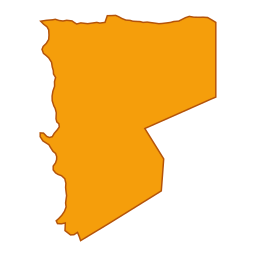 outline of Boa Hora, Piauí, Brazil
{"feature_id": "56859067B27565028422565", "entity_name": "Boa Hora", "entity_type": "district", "adm_level": 2, "iso_a3": "BRA", "parent_name": "Brazil", "parent_adm1": "Piauí", "projection": "natural_earth1", "projection_center": [-42.142, -4.374], "detail": "fine", "context": "isolated", "style": "filled", "palette": "amber", "viewbox_px": 256, "rotation_deg": 0, "n_neighbors": 0, "source": "geoboundaries", "source_scale": "gbopen_adm2", "svg_char_len": 1488}
<svg xmlns="http://www.w3.org/2000/svg" viewBox="0 0 256 256"><path d="M40.2,136.7L42.9,140.9L46.2,143.0L48.9,144.7L50.5,147.5L53.0,151.3L55.6,153.5L56.7,156.6L56.6,159.7L55.5,162.9L53.2,166.1L53.2,169.9L55.6,172.9L58.0,174.4L61.5,175.7L64.8,178.7L65.9,183.4L65.6,187.5L66.0,191.2L66.6,195.7L66.0,199.9L65.6,203.0L66.1,206.9L64.5,211.3L61.8,215.3L58.6,218.7L56.2,220.8L57.5,223.6L61.4,223.8L65.3,223.0L65.2,226.4L65.0,230.6L68.2,233.1L70.5,234.9L73.9,234.7L77.5,232.4L79.3,236.7L80.6,240.6L108.4,223.8L161.3,190.9L163.7,158.9L144.8,128.5L191.7,107.7L210.8,99.2L215.8,97.1L215.8,93.0L215.8,22.4L212.1,20.1L207.6,17.5L203.1,17.2L199.8,17.3L193.8,17.2L189.3,16.4L185.4,17.7L178.7,21.1L173.8,21.5L170.6,22.4L167.0,22.9L161.9,23.5L158.8,23.7L155.4,23.2L150.9,22.6L147.2,22.1L143.0,22.4L140.2,21.6L135.9,21.4L132.8,21.2L130.1,20.4L125.9,20.1L121.9,18.5L118.8,16.8L115.7,15.4L111.5,15.6L107.3,15.7L105.0,22.4L99.8,23.1L96.8,22.4L93.4,22.9L87.7,23.7L80.8,22.9L76.7,24.0L74.4,22.6L72.0,20.9L66.7,20.3L63.0,21.0L59.1,20.5L55.3,19.3L52.6,19.8L46.5,20.3L40.7,21.2L43.6,24.2L47.0,26.8L48.7,29.9L49.0,35.1L48.7,39.4L46.3,43.4L43.2,46.4L42.0,49.4L43.5,53.4L45.8,55.2L48.7,57.8L51.5,62.2L52.3,67.1L53.3,70.5L53.5,74.0L55.6,77.5L54.5,81.6L54.6,86.3L52.9,91.2L52.1,96.0L52.2,100.7L53.8,105.8L55.2,108.5L56.3,112.8L56.0,118.8L56.8,121.9L58.9,123.8L59.3,126.9L57.3,129.8L54.2,133.4L52.3,136.7L49.4,137.5L46.7,136.4L43.5,133.1L40.2,132.9L40.2,136.7Z" fill="#f59e0b" stroke="#b45309" stroke-width="1.5"/></svg>